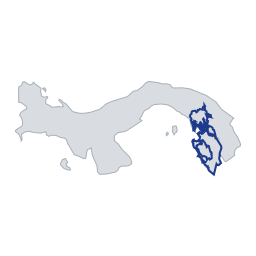 Chepigana, Darién, Panama (highlighted)
{"feature_id": "35544464B97743116241572", "entity_name": "Chepigana", "entity_type": "district", "adm_level": 2, "iso_a3": "PAN", "parent_name": "Panama", "parent_adm1": "Darién", "projection": "mercator", "projection_center": [-78.199, 8.103], "detail": "fine", "context": "in_parent", "style": "outline", "palette": "blue", "viewbox_px": 256, "rotation_deg": 0, "n_neighbors": 0, "source": "geoboundaries", "source_scale": "gbopen_adm2", "svg_char_len": 8765}
<svg xmlns="http://www.w3.org/2000/svg" viewBox="0 0 256 256"><path d="M233.8,118.2L233.0,118.7L230.9,121.8L229.7,124.4L232.5,127.2L233.3,130.1L234.9,133.3L237.3,136.6L240.0,142.5L240.6,144.9L239.9,146.5L237.3,147.4L234.9,150.2L234.2,153.6L234.7,155.3L227.4,160.8L225.6,161.7L224.3,160.8L222.8,158.1L220.9,155.9L219.9,155.1L219.4,155.1L218.8,155.6L218.5,156.8L219.5,161.9L218.7,164.0L216.2,165.6L213.4,173.9L212.3,172.8L203.0,161.6L195.0,147.8L193.3,141.5L195.4,141.1L197.4,141.2L198.5,140.3L199.7,138.4L198.7,134.2L202.6,131.0L204.1,128.8L205.2,129.0L207.7,132.7L211.4,134.9L216.0,138.0L218.8,138.7L215.3,135.4L209.1,131.2L207.4,128.4L205.7,124.5L203.3,126.1L202.2,127.6L201.0,128.4L199.9,127.4L199.7,126.1L196.1,125.9L195.1,124.8L194.2,124.1L194.6,126.5L195.3,128.0L194.9,129.9L193.7,130.0L192.7,128.1L191.4,126.4L189.7,119.3L185.6,116.0L183.7,114.9L182.1,114.5L179.8,112.2L176.8,111.0L172.7,107.4L167.6,104.9L161.4,104.0L153.9,104.6L151.4,106.0L149.6,107.7L148.8,108.6L144.4,110.6L142.7,113.6L141.6,116.1L139.4,118.9L142.0,120.6L127.5,130.2L124.6,131.6L118.1,132.6L116.6,133.6L114.6,135.5L114.3,138.4L114.6,140.8L116.5,142.7L118.2,143.9L122.2,149.6L129.4,156.8L130.8,159.5L131.9,163.3L129.7,165.2L128.0,165.9L121.2,166.2L118.9,167.8L117.9,170.2L115.4,172.1L106.6,174.0L99.6,174.3L97.5,172.0L97.0,165.8L92.3,155.1L91.2,147.8L90.1,148.7L87.6,149.5L86.8,151.4L86.1,156.8L85.2,158.6L83.3,158.5L79.4,156.5L74.2,154.7L67.6,143.2L66.9,141.1L65.6,138.5L60.4,137.4L56.1,135.5L51.3,135.2L48.9,136.3L46.4,134.9L46.0,131.7L41.0,133.1L34.5,132.6L28.8,131.3L24.9,132.0L21.6,134.2L22.0,140.0L21.1,141.1L20.9,138.8L19.8,136.1L18.4,133.8L15.5,131.5L15.4,130.7L16.5,129.5L21.8,126.2L22.4,124.8L22.5,121.8L22.0,119.1L19.6,114.9L21.0,112.4L23.7,110.4L26.5,108.8L26.9,108.1L26.4,106.7L24.8,105.2L21.0,102.6L18.7,102.4L18.6,95.1L18.7,87.2L19.3,86.4L20.7,86.0L21.8,84.8L22.4,82.4L24.1,81.6L27.1,83.4L30.2,85.0L31.4,84.5L32.4,83.7L33.1,82.9L33.3,82.2L35.7,84.3L40.7,88.0L41.0,89.8L40.5,91.6L41.9,96.6L44.5,97.3L47.1,96.4L47.8,97.3L47.3,98.2L46.0,99.3L45.6,103.6L49.9,105.6L52.0,107.3L59.1,106.5L61.8,107.0L63.5,106.5L61.6,103.0L58.9,100.4L59.1,99.3L61.1,100.1L62.7,101.9L66.2,104.1L72.6,111.6L80.0,113.4L85.8,113.1L91.2,112.1L99.9,109.2L106.2,103.9L111.2,101.6L127.4,96.6L133.2,91.3L135.6,90.7L137.9,90.0L143.0,86.0L145.7,82.9L148.6,81.4L157.2,82.5L162.8,84.0L166.6,83.8L170.3,84.8L171.9,87.1L173.6,88.0L182.7,87.8L190.1,88.9L206.4,95.5L216.1,102.1L221.3,109.1L233.8,118.2ZM70.4,169.9L68.3,170.1L63.9,168.4L60.8,165.2L60.5,164.1L60.6,163.1L62.3,159.7L64.6,158.6L65.5,158.6L67.7,162.4L66.2,163.9L66.8,166.3L70.0,168.0L70.4,169.9ZM174.9,133.2L174.1,134.8L172.3,131.1L172.6,130.2L172.5,126.8L174.2,126.0L175.5,125.9L176.5,126.4L177.2,130.3L176.6,132.1L174.9,133.2ZM46.0,89.9L45.6,91.7L42.6,88.4L44.4,87.9L45.0,88.0L46.0,89.9ZM168.4,133.9L166.7,135.7L166.0,134.0L167.2,132.3L167.7,132.3L168.4,133.9Z" fill="#d9dde1" stroke="#a8b0b8" stroke-width="1"/><path d="M202.6,156.6L199.3,152.7L198.2,149.1L197.3,149.1L196.6,147.2L197.0,146.2L195.7,145.3L196.5,145.7L199.6,143.9L201.6,144.4L202.0,143.5L201.5,143.0L201.7,142.1L200.6,141.7L201.1,141.1L200.3,141.1L200.0,140.9L199.8,140.4L199.8,140.9L199.6,140.9L199.5,140.6L199.4,140.6L199.4,141.1L199.4,141.3L199.1,141.1L199.1,140.8L199.1,140.6L199.0,140.9L198.9,141.0L198.7,140.9L198.5,140.5L196.5,141.4L195.2,140.9L194.0,141.2L193.6,140.8L193.8,139.6L193.3,139.7L192.5,140.6L192.3,142.2L193.4,143.6L193.1,144.7L193.9,147.3L196.1,148.9L198.4,152.8L198.9,154.4L198.0,156.0L199.0,155.8L199.1,156.7L200.1,156.8L200.3,157.6L201.9,158.8L201.5,160.9L201.7,159.9L202.1,160.1L202.1,159.8L202.1,159.7L202.8,159.6L202.1,159.9L202.9,160.3L202.2,161.6L202.4,162.6L202.9,162.6L202.8,162.3L203.0,161.8L202.9,162.3L203.7,162.0L203.8,162.1L203.7,162.3L203.8,162.4L204.2,162.1L204.3,162.1L204.8,162.4L204.9,162.1L205.1,161.8L205.6,161.9L205.7,162.0L205.5,162.6L205.5,162.0L205.1,161.8L204.8,162.4L203.8,162.4L203.7,162.3L203.7,162.0L203.0,162.5L204.4,163.5L204.6,164.7L205.9,165.3L206.5,166.5L207.7,166.2L207.7,167.6L208.5,167.8L208.2,169.1L209.3,170.9L213.9,174.6L216.5,163.9L217.3,165.0L218.6,165.2L221.1,163.0L219.3,159.1L219.4,156.8L220.1,155.4L219.5,154.5L219.8,152.7L221.4,148.2L221.1,146.0L216.2,138.1L215.5,138.3L215.3,136.7L213.9,135.4L211.3,134.5L209.7,134.6L210.5,134.7L213.3,136.4L210.0,135.0L209.3,136.1L209.5,135.0L208.5,134.4L207.7,131.9L206.5,130.4L205.4,130.8L205.7,130.7L206.0,131.1L205.5,131.0L205.4,130.8L205.8,130.2L204.5,129.8L205.1,130.5L204.9,130.9L205.0,131.0L204.9,131.1L204.9,130.8L205.0,130.5L204.4,130.1L204.3,127.9L203.9,127.5L202.6,130.0L202.9,130.5L203.1,131.0L202.3,130.5L202.5,131.9L201.9,132.4L202.6,132.5L202.5,133.2L203.0,133.5L203.5,134.0L202.2,133.3L202.2,132.9L202.1,133.0L201.8,132.5L201.8,133.2L201.1,133.1L201.5,133.5L201.3,133.7L199.6,132.1L198.8,132.6L199.3,133.1L198.9,134.3L198.1,133.7L197.7,133.8L199.2,136.1L200.1,136.5L199.6,139.3L198.1,140.5L198.6,140.5L198.8,140.9L199.1,140.5L199.3,141.2L199.3,140.6L199.5,140.5L199.7,140.8L199.7,140.5L199.9,140.4L200.5,141.1L202.7,140.0L205.2,143.1L205.5,144.7L206.4,145.0L206.7,147.1L208.3,145.8L208.8,146.0L210.3,151.8L211.3,152.1L211.7,153.4L211.2,154.2L211.7,155.1L211.7,158.4L209.8,159.5L209.3,158.3L208.1,158.6L207.0,159.9L206.4,157.1L203.9,156.0L202.6,156.6ZM190.3,114.7L189.9,116.5L191.4,118.6L191.5,119.7L190.9,120.2L193.2,126.5L193.3,130.3L194.1,130.0L194.6,130.6L194.7,129.0L195.4,128.4L195.3,127.7L194.4,127.6L194.5,125.5L194.1,125.1L194.5,125.0L194.0,123.6L192.8,122.9L193.5,123.0L193.1,122.3L193.8,122.5L194.0,121.7L193.8,121.3L193.7,121.5L193.2,121.4L193.8,121.3L193.3,120.6L193.9,121.1L194.1,121.6L194.0,122.1L194.1,121.8L195.4,121.6L194.9,121.3L194.8,120.4L195.5,121.6L195.4,121.7L194.6,122.0L194.2,121.9L194.1,122.1L194.2,123.1L194.3,122.6L194.6,122.3L194.9,122.3L194.5,123.3L195.0,124.3L195.2,127.3L196.7,126.2L196.5,125.6L196.0,126.1L195.7,125.7L195.6,126.3L195.4,126.1L195.6,125.1L196.0,124.4L196.0,124.0L196.3,124.3L195.8,125.7L196.3,125.2L196.9,125.8L197.2,125.3L196.9,124.5L196.4,124.3L196.1,123.7L197.3,124.8L197.5,125.9L197.9,125.6L197.7,126.4L198.3,126.7L198.8,125.6L198.7,125.6L198.1,125.1L198.4,125.0L198.0,124.7L199.0,125.5L199.5,124.9L198.5,123.8L199.5,124.6L199.7,124.1L199.7,124.9L200.3,124.8L199.2,126.1L200.6,126.7L201.1,124.1L200.0,123.3L200.5,122.5L200.1,122.2L200.7,122.6L200.0,121.7L199.9,121.5L201.4,123.1L201.0,123.4L201.6,124.6L200.9,125.6L201.3,125.4L201.6,126.9L201.3,127.4L201.0,126.7L200.7,127.1L199.8,126.7L199.3,127.8L200.0,129.0L201.0,128.5L200.5,128.1L201.2,128.4L202.3,127.7L202.2,125.6L202.3,126.3L203.4,125.1L206.1,127.8L206.0,126.6L205.0,125.1L205.2,124.3L204.9,124.3L204.6,124.2L204.3,124.0L204.3,123.8L204.1,122.3L204.5,122.3L204.1,121.7L203.5,120.2L203.9,119.7L203.6,119.6L203.2,118.9L203.4,118.7L203.6,119.6L203.9,119.7L203.8,119.4L203.8,119.0L204.1,119.1L203.9,119.1L204.0,119.4L203.8,120.1L203.6,120.1L204.8,122.1L204.7,122.9L205.9,123.8L206.2,123.2L206.4,123.5L206.3,124.5L205.6,124.2L205.2,124.6L205.3,125.4L206.0,126.0L206.3,125.4L206.2,125.4L205.9,125.4L205.7,125.2L206.3,125.4L206.4,125.8L206.0,126.1L206.4,126.3L206.6,126.6L206.7,126.1L207.0,126.2L206.6,125.8L207.3,126.1L206.6,126.7L206.1,126.3L206.6,127.1L206.9,127.2L206.9,126.9L207.1,126.9L207.0,127.5L207.4,127.2L208.0,127.4L207.5,126.9L207.5,126.4L207.5,126.2L208.1,126.5L207.5,126.6L208.0,127.4L208.2,126.9L208.4,127.4L208.8,127.2L208.4,127.5L208.8,128.1L208.3,127.5L207.2,127.5L207.7,128.0L207.7,129.0L207.1,128.0L207.2,127.9L207.3,127.9L207.5,128.0L207.5,127.8L206.6,127.4L206.5,127.9L208.6,133.2L213.7,134.8L215.5,136.5L215.8,138.1L215.3,134.6L214.0,130.0L212.9,129.6L212.5,127.8L211.5,126.9L207.3,125.0L207.0,122.5L207.7,122.6L208.1,121.0L206.7,120.1L207.4,118.1L206.3,115.1L208.6,116.8L210.8,117.2L210.5,116.9L211.0,116.2L210.7,115.0L209.3,115.2L208.6,114.0L206.8,113.5L206.4,111.2L204.7,110.1L205.0,108.7L203.4,107.6L204.0,106.6L204.8,107.0L205.2,106.4L204.4,105.0L204.4,106.3L202.8,107.1L202.6,109.7L199.7,109.0L198.8,110.1L197.8,110.0L197.5,111.5L196.4,112.3L195.3,110.7L192.4,111.1L191.7,111.9L191.5,113.9L190.3,114.7ZM204.8,123.6L204.6,124.2L205.4,124.0L205.4,123.8L204.8,123.6ZM203.3,126.4L203.2,127.2L203.7,127.4L203.7,126.9L203.3,126.4ZM209.8,134.8L209.4,134.6L209.0,134.5L209.8,134.8ZM203.8,126.4L203.6,126.8L203.9,126.8L203.8,126.4ZM207.3,128.2L207.3,127.9L207.2,128.0L207.3,128.2ZM204.5,122.8L204.2,122.6L204.4,122.8L204.5,122.8ZM193.5,122.8L193.7,122.6L193.5,122.8ZM193.8,123.0L193.6,123.1L193.8,123.3L193.8,123.0ZM201.4,130.4L201.2,130.5L201.3,130.6L201.4,130.4ZM200.7,123.2L200.9,123.1L200.7,123.0L200.7,123.2ZM194.0,122.3L193.9,122.4L194.0,122.6L194.0,122.3ZM200.8,122.9L200.6,122.9L200.6,123.1L200.8,122.9L200.9,123.1L200.8,122.9ZM202.4,128.7L202.2,128.6L202.2,128.8L202.4,128.7Z" fill="none" stroke="#1e3a8a" stroke-width="2"/></svg>